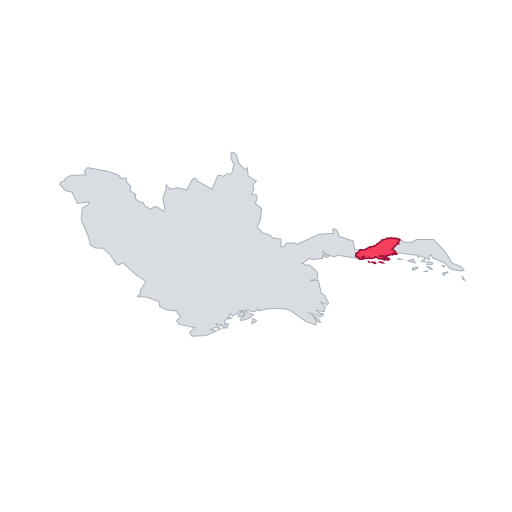 Dawei, Tanintharyi, Myanmar (highlighted), rotated 285°
{"feature_id": "60261553B72281625520368", "entity_name": "Dawei", "entity_type": "district", "adm_level": 2, "iso_a3": "MMR", "parent_name": "Myanmar", "parent_adm1": "Tanintharyi", "projection": "mercator", "projection_center": [98.324, 14.189], "detail": "fine", "context": "in_parent", "style": "filled", "palette": "rose", "viewbox_px": 512, "rotation_deg": 285, "n_neighbors": 0, "source": "geoboundaries", "source_scale": "gbopen_adm2", "svg_char_len": 9364}
<svg xmlns="http://www.w3.org/2000/svg" viewBox="0 0 512 512"><g transform="rotate(285 256 256)"><path d="M328.5,236.9L323.7,234.5L320.1,236.7L314.6,235.9L315.2,240.6L312.1,242.2L306.6,241.8L303.3,249.1L291.8,250.9L284.3,249.6L280.2,256.0L279.9,263.3L277.9,267.7L278.7,275.4L273.9,277.4L270.9,276.9L272.5,280.4L276.3,281.9L278.6,289.8L277.9,292.8L293.2,310.9L297.9,325.0L301.6,323.1L302.7,324.5L301.2,328.3L296.5,331.1L295.7,346.0L288.0,349.5L288.3,354.5L289.2,358.0L296.0,367.9L303.6,374.6L307.9,381.8L308.7,392.2L307.6,396.6L309.6,402.8L313.5,406.9L317.9,423.4L309.0,437.8L299.9,447.3L298.8,457.4L295.8,460.7L294.5,457.5L293.8,447.0L298.2,440.4L299.6,427.4L302.4,424.7L300.9,423.4L297.4,424.3L298.6,413.9L296.6,413.4L298.3,411.2L296.1,393.7L289.2,381.4L288.2,376.1L287.2,383.3L286.4,381.8L286.1,372.2L282.1,361.5L282.5,360.6L284.4,361.5L282.7,359.1L281.3,359.7L280.1,357.0L278.0,334.9L275.3,331.8L276.3,322.2L278.3,319.8L270.9,320.8L267.5,312.7L267.3,308.3L259.9,301.5L261.2,303.7L259.9,305.9L261.1,309.7L258.1,316.7L255.1,319.9L251.1,321.2L248.0,319.2L247.3,315.5L246.1,315.4L248.9,322.5L237.1,328.5L235.4,332.7L229.3,338.3L227.4,337.5L228.4,330.1L224.8,336.0L219.9,336.2L218.9,328.2L216.9,332.8L214.0,334.3L214.9,321.0L214.1,324.9L209.4,330.2L204.8,331.9L205.8,320.9L212.0,303.6L212.5,297.8L209.2,283.9L203.7,272.2L205.3,272.0L201.6,268.6L201.1,259.9L198.9,263.0L198.7,268.5L194.0,265.6L189.5,258.0L191.3,257.3L196.5,260.9L199.3,258.9L200.1,256.4L192.0,249.0L194.0,245.9L191.4,246.0L184.4,242.4L182.5,243.1L183.3,246.3L181.9,247.2L179.2,242.3L181.2,239.9L179.5,239.9L180.6,235.5L179.9,234.9L176.7,240.6L174.8,239.3L176.9,236.4L176.0,234.7L173.1,231.4L173.4,237.4L166.1,227.9L162.0,215.0L165.1,211.7L170.8,215.5L170.3,199.6L172.6,196.1L178.4,199.0L180.1,194.9L182.3,193.8L180.8,182.8L182.6,175.6L186.5,174.4L187.4,168.6L187.9,160.8L186.0,152.0L189.5,154.1L193.5,153.3L202.8,156.3L206.3,146.1L215.0,129.3L211.7,125.4L212.3,123.0L220.0,114.2L223.9,106.2L222.2,99.1L223.8,93.2L230.8,89.5L246.1,77.6L257.4,75.9L262.1,80.6L265.2,81.0L260.5,69.9L270.1,61.6L269.8,54.9L274.3,48.0L276.9,48.2L279.2,51.6L281.7,51.6L286.1,56.7L290.3,70.8L293.5,68.2L297.7,70.3L299.5,90.9L298.4,102.8L295.9,105.5L297.8,110.4L293.8,112.1L291.0,116.8L287.0,117.2L284.3,123.7L280.2,124.6L278.1,129.6L278.5,133.4L275.3,135.6L274.2,142.2L277.0,144.7L277.9,148.2L274.9,155.5L277.4,155.8L288.5,150.9L296.3,151.9L301.5,150.7L298.2,155.7L301.5,162.1L302.1,172.0L313.8,174.8L315.6,177.3L313.1,180.3L309.1,196.2L324.3,198.4L324.7,204.5L328.0,206.7L328.4,210.1L330.5,211.2L338.7,211.0L343.5,206.8L349.7,205.0L350.0,208.5L348.6,211.1L341.8,214.6L337.2,221.8L336.9,223.3L339.0,224.7L331.2,227.7L328.5,236.9ZM194.2,253.8L199.0,256.7L198.1,258.9L195.0,259.0L192.7,255.2L194.2,253.8ZM290.6,404.1L293.7,408.5L290.6,411.5L290.6,404.1ZM193.7,273.2L191.1,271.6L189.4,269.2L194.8,269.2L193.7,273.2ZM295.0,422.9L295.1,428.6L293.1,428.0L291.9,423.2L295.0,422.9ZM212.0,331.8L208.8,335.5L208.3,332.3L212.8,327.7L212.0,331.8ZM275.1,326.7L273.1,325.5L272.9,322.1L274.4,321.2L275.6,322.8L275.1,326.7ZM288.7,429.9L288.2,428.0L290.3,423.3L290.0,427.4L288.7,429.9ZM287.5,440.5L290.2,444.8L289.7,445.7L287.3,442.3L285.7,442.5L287.5,440.5ZM296.8,419.6L294.0,420.9L293.8,416.9L296.8,419.6ZM290.1,460.3L286.5,464.0L287.0,462.0L290.1,460.3ZM178.3,243.0L179.7,247.8L177.4,242.1L178.3,243.0ZM290.6,395.1L290.5,398.6L289.6,392.9L290.6,395.1ZM189.5,246.4L189.9,249.5L187.8,245.1L189.5,246.4ZM286.9,415.5L284.8,413.7L285.5,412.4L286.6,412.7L286.9,415.5ZM285.4,410.3L284.1,412.7L282.7,411.3L283.8,410.2L285.4,410.3ZM285.7,424.4L285.8,426.5L284.2,421.7L285.7,424.4ZM217.0,336.2L215.5,336.1L217.5,333.7L217.7,334.6L217.0,336.2ZM295.4,440.9L294.0,440.5L295.1,438.2L295.4,440.9Z" fill="#d9dde1" stroke="#a8b0b8" stroke-width="1"/><path d="M280.0,356.3L279.6,356.8L280.0,357.7L280.0,358.1L280.3,358.6L280.2,358.9L280.3,359.3L280.5,359.9L280.7,360.1L280.5,360.3L280.6,360.2L281.2,360.4L281.8,359.9L281.9,359.7L281.6,358.9L281.8,358.8L282.1,359.4L282.3,359.6L282.6,359.6L282.7,359.1L282.5,358.7L282.8,358.6L283.0,359.3L283.0,359.7L283.3,360.0L283.5,360.6L283.0,360.4L282.8,360.0L282.5,360.0L281.9,360.2L281.8,360.5L281.4,361.1L282.0,362.4L282.0,363.1L282.1,363.3L283.1,364.9L283.1,365.7L283.2,366.3L283.3,366.3L283.3,366.1L284.1,365.1L283.7,365.6L283.9,365.6L283.4,366.6L283.4,367.2L283.5,367.5L283.4,367.8L283.9,368.8L283.9,369.2L285.2,371.0L285.6,371.8L285.8,371.7L286.0,371.4L285.9,371.3L285.7,371.0L285.4,371.0L285.8,370.9L286.1,371.3L286.0,371.8L286.0,372.1L285.8,372.0L285.7,371.9L285.7,372.1L286.1,373.3L285.6,373.9L285.5,373.7L285.6,374.4L285.5,374.7L285.2,374.7L285.2,374.9L285.3,375.6L285.5,375.7L285.4,376.0L285.3,375.9L285.3,376.0L285.7,377.0L285.6,377.5L286.1,378.0L286.0,378.6L285.9,378.6L286.0,378.7L285.9,378.8L285.9,379.2L286.0,379.3L285.9,379.7L286.1,379.9L286.2,380.2L285.7,379.8L285.5,380.2L285.6,380.3L285.6,380.5L285.5,380.8L285.7,381.2L285.9,381.4L285.9,381.5L286.3,381.6L286.2,381.8L285.9,381.8L286.0,381.9L286.1,382.2L286.3,382.2L286.4,382.3L286.2,382.4L286.2,382.6L286.5,382.3L287.0,382.6L287.2,383.2L287.1,383.6L286.8,383.6L286.7,383.5L287.0,384.0L286.9,384.2L286.5,384.4L286.7,384.5L286.7,384.9L286.8,384.9L286.6,385.3L286.8,385.5L286.9,385.2L287.4,385.3L287.4,385.7L287.6,385.7L287.7,385.4L287.2,384.8L287.4,383.9L287.9,383.1L287.9,382.8L288.0,382.5L287.8,382.2L287.8,381.7L287.6,380.8L287.7,380.0L288.5,378.1L288.5,377.5L288.2,376.4L288.4,376.2L288.1,375.6L288.3,375.6L288.8,376.3L288.9,377.2L289.1,377.6L289.0,378.1L289.2,379.8L289.1,380.8L288.9,381.3L289.0,381.8L289.3,382.0L290.0,381.9L290.0,382.1L290.4,382.1L290.6,382.5L290.5,382.8L290.2,382.2L289.9,382.3L289.9,382.6L290.5,383.2L291.2,383.7L291.8,384.3L291.9,384.7L291.9,385.0L291.7,385.0L292.3,385.8L292.9,387.0L293.1,386.8L293.3,386.9L293.1,387.1L292.7,387.1L292.7,387.3L292.8,387.6L292.7,387.7L293.0,387.8L293.2,388.3L293.3,388.2L293.5,389.1L293.8,388.4L294.0,388.2L294.1,388.4L293.9,388.7L293.8,389.4L293.6,389.3L294.0,390.9L294.0,391.2L294.1,391.3L294.1,391.1L294.2,390.8L294.0,390.5L294.3,390.9L294.7,390.7L294.8,390.7L295.2,390.1L295.4,390.2L295.4,389.8L295.6,389.7L295.7,389.1L296.4,389.3L296.5,389.1L296.8,388.8L296.8,388.6L296.9,388.3L296.8,388.2L297.3,387.5L297.5,387.0L297.6,386.5L297.9,386.0L297.8,385.8L298.5,386.1L298.7,386.4L299.0,386.4L299.5,386.8L299.9,386.9L300.2,386.8L300.6,387.1L301.1,387.2L301.2,387.6L301.5,387.6L302.1,388.1L302.4,388.2L302.8,388.5L303.1,388.5L303.5,388.9L304.1,389.0L304.5,389.3L304.6,389.6L304.8,389.5L304.6,390.2L304.6,390.6L305.1,390.4L305.7,390.5L305.9,390.3L305.9,390.1L306.4,390.2L306.5,390.1L307.0,389.9L307.1,390.0L307.4,390.2L307.8,390.0L308.0,390.3L308.4,390.9L309.0,390.9L309.1,390.7L309.0,390.4L309.3,389.9L309.4,389.4L309.1,389.3L309.4,388.2L309.2,388.0L309.3,387.8L309.1,387.5L309.3,387.4L309.4,387.1L309.3,386.8L309.1,386.7L308.9,386.3L309.0,386.1L309.1,385.4L308.9,385.4L308.5,384.9L308.8,384.6L308.4,383.9L308.6,383.7L308.5,383.1L308.6,382.8L308.5,382.5L308.6,382.4L308.5,381.5L308.4,381.5L308.2,381.2L307.9,381.2L307.9,380.8L307.5,380.6L307.6,379.7L307.4,379.3L307.1,379.2L307.1,378.8L307.3,378.5L307.3,378.0L307.2,377.9L306.9,378.0L306.7,377.9L306.1,377.0L305.4,376.8L305.2,375.8L304.9,375.4L304.9,375.1L304.4,374.9L304.3,373.7L304.1,373.4L303.8,373.6L303.4,373.3L302.9,373.3L302.5,373.0L302.3,372.5L301.7,372.1L301.5,371.8L301.1,371.8L299.7,370.7L299.4,370.5L299.4,370.1L299.0,369.7L298.5,369.8L297.4,369.1L297.2,368.8L296.7,368.8L296.5,368.2L296.6,367.7L296.2,367.7L295.9,367.3L295.7,366.9L295.7,366.6L295.5,366.3L295.0,365.8L294.9,365.4L294.6,364.7L294.4,364.0L294.2,364.1L293.8,364.2L293.7,363.1L293.3,362.6L293.2,362.4L291.7,361.2L291.6,360.6L291.1,360.3L290.9,360.3L290.5,359.8L290.1,358.9L289.8,358.4L289.4,358.0L289.2,357.7L289.4,357.4L289.4,356.9L288.9,356.4L289.3,355.8L289.2,355.6L289.1,355.3L288.8,355.1L288.9,354.7L288.4,354.4L288.1,354.4L287.9,354.6L287.6,354.3L287.4,354.4L287.2,354.2L287.0,354.3L286.6,354.1L286.4,354.2L286.0,354.1L285.4,353.4L285.3,353.2L285.2,353.0L284.9,352.9L284.9,352.3L284.6,352.2L284.6,351.9L284.4,351.7L283.6,352.1L283.2,352.1L282.9,352.4L283.0,352.7L282.7,352.7L282.2,352.3L281.6,352.2L281.5,352.3L281.5,352.5L281.4,353.6L281.2,353.7L281.3,354.0L281.2,354.2L281.3,354.5L281.2,354.7L281.3,355.0L281.2,355.1L281.3,355.4L281.0,355.5L280.6,355.5L280.6,355.9L280.4,356.0L280.7,356.5L280.4,356.6L280.0,356.3ZM288.2,381.0L288.8,378.9L288.8,378.7L288.6,378.5L287.9,380.3L288.0,380.9L288.2,381.0ZM282.4,378.7L282.2,378.5L282.2,378.8L282.1,378.6L282.1,379.4L282.0,379.7L282.1,380.0L282.2,380.3L282.3,379.9L282.5,379.6L282.4,379.4L282.5,378.8L282.4,378.7ZM280.2,371.7L280.4,371.6L280.2,371.5L279.9,371.7L279.6,371.7L279.5,371.8L279.5,372.2L279.4,372.2L279.4,372.4L279.6,372.6L280.0,372.3L280.2,371.7ZM288.0,384.1L288.2,383.5L288.1,383.2L287.8,383.6L288.0,384.1ZM282.3,378.1L282.3,377.2L282.1,376.9L282.1,377.1L282.3,378.1ZM280.1,372.7L279.8,372.7L279.8,373.0L279.9,373.3L280.0,373.2L280.3,372.9L280.1,372.8L280.1,372.7ZM288.6,377.2L288.7,376.7L288.5,376.3L288.3,376.4L288.5,377.1L288.6,377.2ZM279.4,367.2L279.4,366.8L279.5,366.7L279.2,366.8L279.1,367.0L279.3,367.2L279.4,367.2ZM279.9,369.9L280.2,369.7L279.9,369.4L279.8,369.7L279.9,369.9ZM279.4,366.1L279.1,366.1L279.3,366.2L279.4,366.1ZM288.2,384.4L288.4,384.2L288.2,384.3L288.2,384.4ZM287.9,382.8L287.9,383.0L288.1,383.1L288.1,382.8L287.9,382.8Z" fill="#f43f5e" stroke="#9f1239" stroke-width="1.5"/></g></svg>